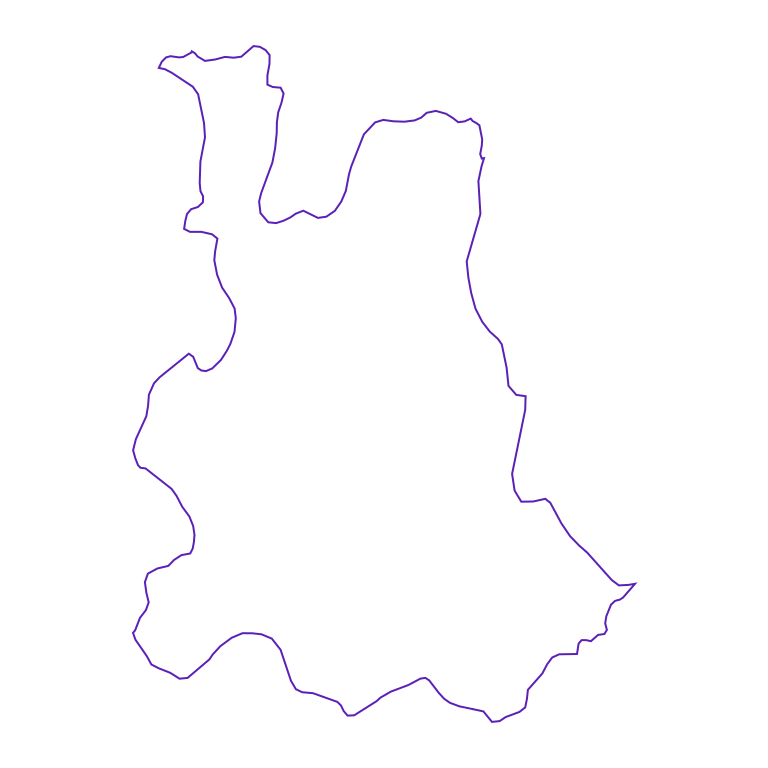 Houet, Natural Earth projection
{"feature_id": "BFA-2799", "entity_name": "Houet", "entity_type": "Province", "adm_level": 1, "iso_a3": "BFA", "parent_name": "Burkina Faso", "parent_adm1": "", "projection": "natural_earth1", "projection_center": [-4.316, 11.385], "detail": "fine", "context": "isolated", "style": "outline", "palette": "violet", "viewbox_px": 768, "rotation_deg": 0, "n_neighbors": 0, "source": "natural_earth", "source_scale": "10m", "svg_char_len": 2893}
<svg xmlns="http://www.w3.org/2000/svg" viewBox="0 0 768 768"><path d="M179.0,57.4L183.2,57.0L191.4,52.5L191.8,51.3L195.0,53.3L197.6,56.5L205.0,60.9L215.1,59.5L225.0,56.9L233.6,57.7L241.3,56.7L253.5,46.1L259.8,46.8L265.7,50.2L269.6,55.1L269.5,63.9L267.4,75.5L267.4,84.6L272.7,87.0L280.6,87.7L283.6,93.5L281.5,102.7L278.2,112.4L276.9,122.2L276.7,133.2L275.1,148.4L272.4,162.5L261.1,193.3L259.1,201.5L260.5,213.2L268.3,222.3L276.2,223.1L283.6,220.7L290.4,217.4L295.7,213.7L303.3,210.7L317.9,217.9L326.3,216.7L334.8,210.9L341.3,201.5L345.8,191.0L349.0,174.3L351.2,166.6L363.9,134.3L375.1,122.4L383.3,119.9L393.5,121.3L404.4,121.7L414.7,120.4L421.2,117.6L426.7,112.8L435.8,110.9L446.1,113.8L453.0,118.1L458.2,122.2L464.6,121.4L470.7,118.6L472.6,121.0L476.4,123.1L479.4,125.3L482.2,139.4L481.8,145.6L480.2,154.1L481.8,158.5L484.0,158.1L481.5,166.5L478.4,181.1L480.4,214.0L466.7,261.4L468.4,277.8L471.2,293.0L475.5,308.7L482.3,321.9L489.8,331.6L498.0,339.0L501.8,344.4L506.6,367.7L508.5,385.9L516.3,394.9L525.6,396.2L525.2,409.9L512.1,473.9L514.6,490.6L521.3,501.7L533.2,501.5L545.4,498.8L547.1,500.4L550.2,502.6L561.4,523.4L570.1,536.2L579.2,545.6L587.3,552.7L611.7,580.0L618.9,585.4L628.5,584.9L635.0,583.8L623.0,597.6L619.5,599.8L617.3,600.2L614.9,601.0L611.0,604.7L606.3,616.3L605.2,623.4L606.9,629.9L604.4,634.0L598.1,634.9L590.9,641.2L586.1,640.1L581.6,640.1L578.6,643.7L577.0,654.0L559.2,654.3L552.2,657.5L547.2,664.2L542.4,673.4L527.9,689.8L526.9,699.1L525.2,707.4L519.5,711.9L505.6,717.1L499.6,721.1L492.0,721.9L483.4,711.4L459.3,706.3L449.9,702.8L444.2,698.8L438.8,692.9L429.2,680.4L425.4,677.9L420.5,678.6L408.4,685.0L390.9,691.6L380.5,697.6L376.7,701.1L354.2,715.3L347.6,715.6L343.7,711.1L341.0,705.5L337.4,701.9L313.0,693.2L302.1,692.2L295.9,689.2L291.0,680.9L280.6,649.8L271.8,638.6L261.5,634.3L252.5,633.3L242.5,633.2L231.8,637.7L220.3,646.2L212.7,654.5L209.4,659.4L187.6,677.9L179.5,678.7L170.2,672.8L158.8,668.3L151.4,664.5L146.9,656.3L135.4,639.6L133.0,632.8L135.1,630.4L140.0,617.8L145.9,610.1L148.7,602.4L146.4,592.9L144.9,582.1L147.9,573.6L157.3,568.5L168.3,565.9L174.1,559.9L181.5,555.1L190.2,553.5L192.7,548.6L193.9,542.1L194.5,535.0L193.2,526.1L189.4,516.5L182.3,506.9L176.5,495.8L171.6,488.9L145.5,468.4L140.5,467.8L138.0,465.2L135.3,458.2L133.1,450.3L135.9,439.1L146.3,416.3L148.1,405.6L148.9,394.7L154.0,383.3L159.6,377.3L188.8,353.7L193.2,356.8L197.8,368.1L201.4,370.5L206.0,371.1L212.3,368.4L221.0,359.9L226.9,350.7L230.4,343.8L234.5,331.9L235.8,318.3L234.6,308.5L229.1,298.0L222.1,287.6L217.1,274.7L214.3,260.2L215.1,251.5L217.4,238.6L212.1,234.3L201.6,231.9L190.1,231.9L184.1,228.9L185.3,221.0L187.0,214.0L191.1,209.2L197.9,207.0L202.9,202.3L203.1,196.4L200.5,191.2L199.7,183.0L200.4,161.5L205.0,137.3L204.0,122.9L198.1,94.2L192.8,86.7L171.8,72.8L164.9,69.2L158.8,67.9L161.8,61.7L166.1,57.4L170.5,56.2L179.0,57.4Z" fill="none" stroke="#5b21b6" stroke-width="2"/></svg>